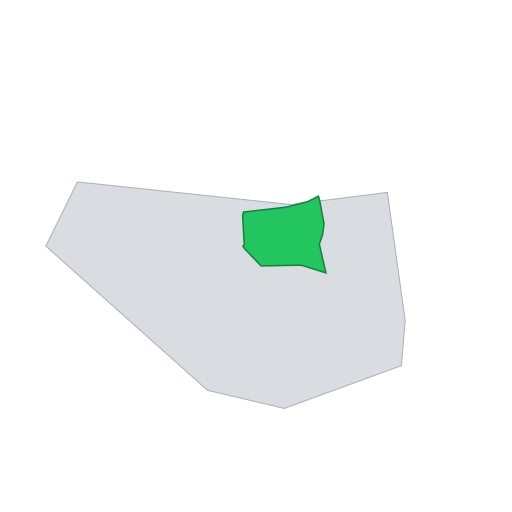 Saint John on a map of Barbados (Robinson projection), rotated 313°
{"feature_id": "BRB-1993", "entity_name": "Saint John", "entity_type": "Parish", "adm_level": 1, "iso_a3": "BRB", "parent_name": "Barbados", "parent_adm1": "", "projection": "robinson", "projection_center": [-59.511, 13.182], "detail": "fine", "context": "in_parent", "style": "filled", "palette": "green", "viewbox_px": 512, "rotation_deg": 313, "n_neighbors": 0, "source": "natural_earth", "source_scale": "10m", "svg_char_len": 591}
<svg xmlns="http://www.w3.org/2000/svg" viewBox="0 0 512 512"><g transform="rotate(313 256 256)"><path d="M310.5,409.1L275.0,437.1L163.8,380.6L124.7,312.2L119.9,95.5L188.4,74.9L317.2,246.2L392.1,308.7L310.5,409.1Z" fill="#d9dde1" stroke="#a8b0b8" stroke-width="1"/><path d="M279.7,216.9L312.3,244.7L331.1,256.8L342.3,260.8L340.4,264.2L326.8,282.7L325.2,284.4L316.8,290.3L307.9,294.2L291.3,318.7L280.7,296.4L278.3,293.4L252.2,266.5L253.4,244.3L253.6,242.4L254.3,239.7L255.3,239.7L255.9,239.7L256.4,239.5L276.8,218.3L279.7,216.9Z" fill="#22c55e" stroke="#15803d" stroke-width="1.5"/></g></svg>